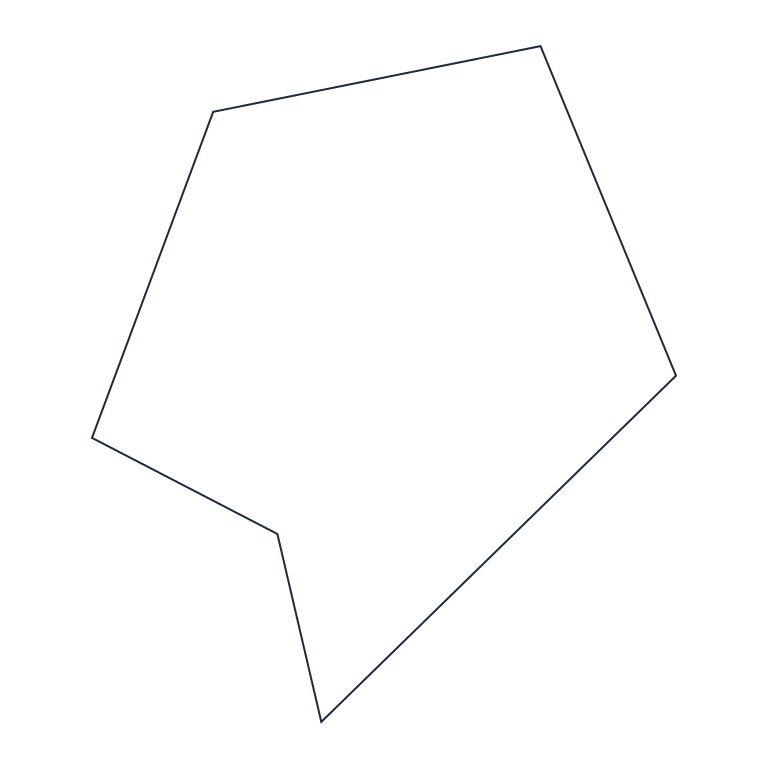 Zarafshan city, Navoi, Uzbekistan
{"feature_id": "79887680B3674714767305", "entity_name": "Zarafshan city", "entity_type": "district", "adm_level": 2, "iso_a3": "UZB", "parent_name": "Uzbekistan", "parent_adm1": "Navoi", "projection": "mercator", "projection_center": [64.188, 41.505], "detail": "fine", "context": "isolated", "style": "outline", "palette": "slate", "viewbox_px": 768, "rotation_deg": 0, "n_neighbors": 0, "source": "geoboundaries", "source_scale": "gbopen_adm2", "svg_char_len": 209}
<svg xmlns="http://www.w3.org/2000/svg" viewBox="0 0 768 768"><path d="M676.0,375.7L540.5,46.1L213.2,111.8L92.0,437.9L277.4,534.0L321.3,721.9L676.0,375.7Z" fill="none" stroke="#1e293b" stroke-width="2"/></svg>